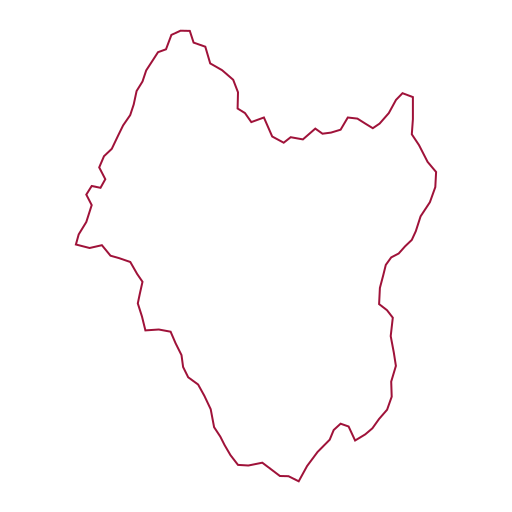 São Brás do Suaçuí, Minas Gerais, Brazil (Equal Earth projection)
{"feature_id": "56859067B55981739158255", "entity_name": "São Brás do Suaçuí", "entity_type": "district", "adm_level": 2, "iso_a3": "BRA", "parent_name": "Brazil", "parent_adm1": "Minas Gerais", "projection": "equal_earth", "projection_center": [-43.972, -20.628], "detail": "fine", "context": "isolated", "style": "outline", "palette": "rose", "viewbox_px": 512, "rotation_deg": 0, "n_neighbors": 0, "source": "geoboundaries", "source_scale": "gbopen_adm2", "svg_char_len": 1516}
<svg xmlns="http://www.w3.org/2000/svg" viewBox="0 0 512 512"><path d="M412.9,97.1L402.5,93.2L396.0,99.9L388.8,113.1L379.6,123.6L372.8,128.2L365.3,123.6L357.4,118.6L347.8,117.5L340.6,129.7L331.0,132.6L322.5,133.7L315.3,128.6L302.9,139.4L290.7,137.2L283.7,142.7L272.2,136.5L263.9,117.5L251.3,122.1L245.0,113.1L237.6,108.5L238.0,92.3L233.2,79.8L222.1,70.2L210.2,63.4L205.3,46.7L193.6,42.6L189.8,30.9L180.5,30.7L171.4,34.9L166.0,49.3L158.0,52.2L152.9,60.1L146.2,70.4L142.5,81.5L136.6,91.0L133.7,104.5L130.2,115.1L123.1,125.4L118.2,135.4L111.8,148.8L104.0,156.2L99.2,167.4L105.3,179.2L100.5,187.8L91.7,186.0L86.3,194.6L91.7,205.1L86.3,222.0L78.7,234.4L75.9,244.5L89.6,248.0L101.9,245.2L110.5,255.7L119.0,258.1L130.3,262.0L137.1,273.9L142.5,281.8L139.9,293.4L137.8,303.4L142.0,316.6L145.4,330.4L158.8,329.5L170.6,331.7L175.6,343.3L181.5,355.1L183.1,367.0L188.2,377.3L198.1,384.5L204.4,395.9L210.7,409.2L214.1,427.2L220.3,436.6L224.6,445.1L230.5,455.2L238.0,464.9L248.4,465.5L262.3,462.7L272.4,470.3L279.9,476.0L288.5,476.2L298.7,481.3L307.1,466.0L317.6,451.9L329.7,439.7L333.7,430.0L340.6,423.7L348.6,426.5L355.1,440.5L365.2,434.4L372.4,428.3L379.1,418.9L387.1,409.7L391.7,396.7L391.2,381.6L395.9,365.9L393.8,352.5L390.7,336.1L392.8,317.7L387.0,310.2L379.1,304.1L379.9,287.9L383.2,275.4L385.8,264.9L391.2,257.4L398.7,253.5L405.1,246.3L411.8,239.9L415.8,231.2L420.6,216.3L429.9,202.2L435.3,187.1L436.1,172.0L427.6,161.9L419.0,145.1L411.8,134.3L412.9,119.2L412.9,97.1Z" fill="none" stroke="#9f1239" stroke-width="2"/></svg>